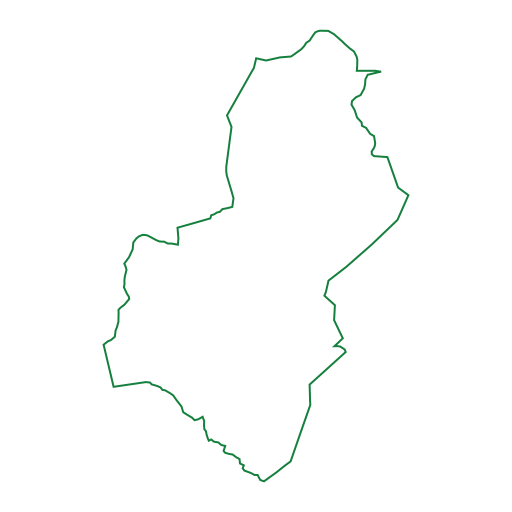 Caicó, Rio Grande do Norte, Brazil (orthographic projection)
{"feature_id": "56859067B32446834792764", "entity_name": "Caicó", "entity_type": "district", "adm_level": 2, "iso_a3": "BRA", "parent_name": "Brazil", "parent_adm1": "Rio Grande do Norte", "projection": "orthographic", "projection_center": [-37.055, -6.462], "detail": "fine", "context": "isolated", "style": "outline", "palette": "green", "viewbox_px": 512, "rotation_deg": 0, "n_neighbors": 0, "source": "geoboundaries", "source_scale": "gbopen_adm2", "svg_char_len": 2169}
<svg xmlns="http://www.w3.org/2000/svg" viewBox="0 0 512 512"><path d="M328.3,30.9L320.0,30.7L317.6,31.3L315.3,32.3L312.5,36.2L309.6,40.6L306.3,42.8L304.0,46.3L301.2,49.3L291.1,56.5L279.9,57.4L266.1,60.5L256.2,58.3L253.9,67.9L251.7,71.7L227.0,115.4L231.5,126.9L226.3,166.5L226.2,171.1L226.8,175.5L231.4,190.8L233.5,198.2L232.3,206.9L227.1,208.2L222.4,209.1L219.9,211.8L217.0,212.5L214.0,214.4L211.3,215.2L210.3,218.4L177.5,227.7L178.4,238.2L177.9,244.7L171.9,243.6L167.7,243.5L164.2,241.7L159.6,241.5L156.4,240.2L147.6,235.5L145.2,235.0L142.5,234.9L138.9,236.4L136.4,238.4L133.3,242.5L132.7,249.2L129.1,257.1L124.3,263.6L125.7,266.8L126.5,269.8L124.8,276.7L124.4,280.3L124.5,284.2L123.9,287.2L126.9,293.7L128.8,296.6L129.2,299.0L124.5,304.6L120.5,307.7L118.5,309.8L118.6,312.9L118.4,322.0L116.8,327.6L115.6,330.5L114.8,336.8L111.0,340.0L107.9,341.3L103.6,344.7L113.6,386.8L145.8,382.1L149.9,382.5L151.7,384.4L155.6,385.5L158.2,386.4L160.6,387.5L162.4,389.9L165.1,390.3L170.4,393.4L173.1,395.3L176.5,400.1L181.5,406.5L183.2,412.2L185.8,413.9L189.4,416.1L192.0,417.6L194.6,420.2L198.2,419.3L202.6,416.8L204.2,421.1L204.0,425.0L204.4,429.3L206.0,431.3L206.6,434.6L207.7,438.1L208.8,440.7L211.2,439.5L214.0,441.7L218.3,442.4L221.3,445.0L225.2,445.9L223.6,451.0L225.2,452.8L229.4,454.0L232.6,454.5L236.3,457.3L239.5,459.0L240.0,463.5L243.8,465.3L242.7,468.4L244.4,470.6L250.7,472.9L254.6,475.0L257.7,475.0L258.8,477.3L260.3,480.0L264.0,481.3L276.4,472.4L284.4,466.0L290.6,461.4L301.2,430.9L310.3,404.9L310.1,401.2L309.6,384.6L345.7,352.0L344.7,349.5L340.2,346.5L337.0,346.1L334.5,346.2L342.8,338.3L334.1,320.2L334.9,305.2L324.4,295.7L325.9,292.0L328.5,280.6L346.1,267.0L372.1,244.2L397.5,219.9L408.4,195.2L398.1,187.6L387.4,157.1L373.9,156.1L371.8,154.2L371.7,151.4L373.9,148.1L374.8,145.9L375.2,143.1L374.0,136.1L370.1,133.8L366.1,127.9L362.0,125.8L361.6,122.4L357.1,117.6L354.6,110.0L351.5,104.7L352.0,101.1L355.9,97.3L360.6,95.1L364.1,88.7L365.1,84.3L365.4,79.4L367.7,74.8L377.6,72.4L381.1,71.7L375.2,70.8L356.8,70.8L357.2,65.8L357.3,59.7L356.7,56.8L354.0,51.5L349.8,48.4L344.7,43.9L342.1,41.3L334.0,34.2L328.3,30.9Z" fill="none" stroke="#15803d" stroke-width="2"/></svg>